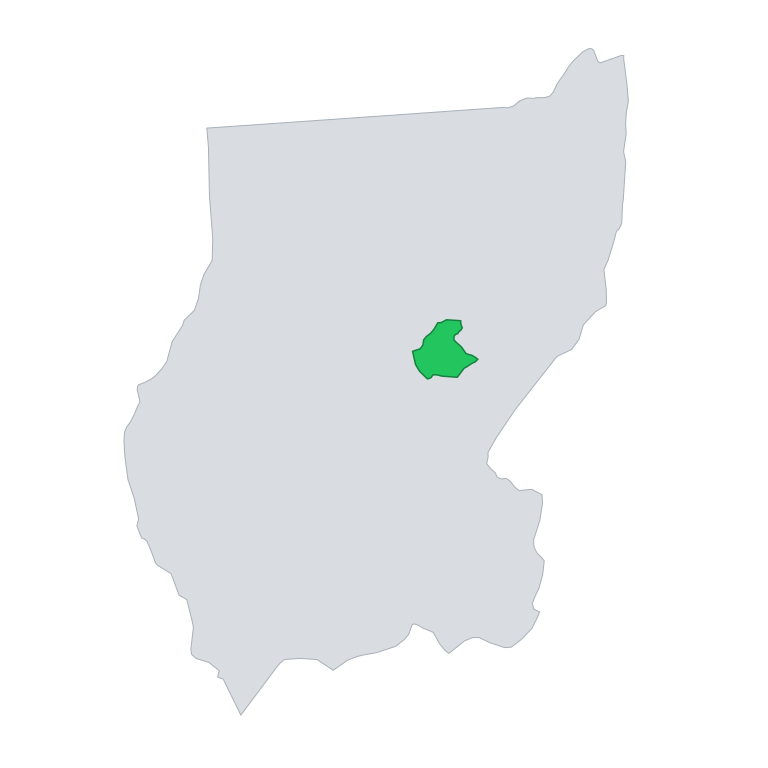 location of Kyankwanzi within Uganda, rotated 176°
{"feature_id": "UGA-5602", "entity_name": "Kyankwanzi", "entity_type": "District", "adm_level": 1, "iso_a3": "UGA", "parent_name": "Uganda", "parent_adm1": "", "projection": "natural_earth1", "projection_center": [31.594, 1.103], "detail": "fine", "context": "in_parent", "style": "filled", "palette": "green", "viewbox_px": 768, "rotation_deg": 176, "n_neighbors": 0, "source": "natural_earth", "source_scale": "10m", "svg_char_len": 2871}
<svg xmlns="http://www.w3.org/2000/svg" viewBox="0 0 768 768"><g transform="rotate(176 384 384)"><path d="M542.9,651.6L532.3,651.6L515.0,651.6L497.7,651.6L480.4,651.6L463.1,651.6L445.8,651.6L428.5,651.6L411.2,651.6L393.9,651.6L376.6,651.6L359.3,651.6L342.0,651.6L324.7,651.6L307.4,651.6L290.1,651.6L272.8,651.6L255.5,651.6L245.3,651.6L243.3,651.3L241.8,650.8L235.3,652.3L228.6,657.2L221.4,659.3L213.7,658.4L212.7,659.0L208.8,658.8L203.2,658.5L198.2,659.8L194.3,664.1L190.3,671.5L183.3,680.0L177.7,687.6L173.0,692.9L162.2,701.7L156.3,704.3L153.4,703.9L151.6,702.3L148.2,691.0L146.1,689.2L125.1,695.0L121.9,695.1L122.2,691.6L120.7,665.1L120.5,648.9L123.2,638.7L124.8,627.0L125.0,616.7L128.8,599.1L127.4,588.6L132.4,551.6L133.7,545.6L135.6,527.8L138.7,522.3L141.5,520.1L145.1,509.2L151.9,491.7L156.7,482.7L155.7,463.0L156.4,449.6L157.5,446.6L167.7,441.6L180.9,429.2L186.5,414.7L194.4,405.4L209.6,399.4L254.8,349.4L275.9,322.4L285.0,308.6L285.3,303.7L287.1,297.2L283.4,292.1L279.1,287.5L277.6,283.3L273.8,281.1L268.4,281.2L264.8,278.1L260.8,272.1L256.7,268.3L243.9,268.6L234.0,262.4L234.2,254.0L238.0,237.3L245.5,218.3L245.9,213.1L244.9,208.6L243.1,204.7L239.7,200.9L236.5,196.4L239.0,182.7L243.7,169.3L247.6,162.6L251.3,155.0L250.3,148.9L244.7,145.8L247.6,139.8L253.6,129.7L265.1,119.4L275.3,112.6L282.0,112.6L295.2,118.0L307.1,124.5L313.7,124.8L321.6,122.1L338.1,110.7L342.0,114.3L346.8,121.2L352.1,132.7L362.4,137.9L367.4,141.5L370.9,142.6L372.9,141.6L376.8,132.6L381.6,127.7L390.4,121.6L409.7,116.6L423.5,115.1L429.4,114.1L439.2,111.2L454.7,102.0L470.0,113.8L486.5,116.1L502.6,116.1L507.4,112.5L510.2,109.7L527.1,90.1L549.9,63.7L565.1,101.0L570.3,103.1L569.5,106.4L568.3,109.5L578.2,118.5L590.4,123.2L594.8,127.8L595.2,132.8L591.1,154.6L591.9,160.8L595.8,182.7L603.1,187.6L609.6,209.6L622.6,218.9L624.5,221.6L627.5,232.2L631.5,243.9L634.7,246.6L636.6,247.3L640.4,259.7L638.2,266.6L641.2,287.8L646.1,306.6L647.5,329.2L647.5,339.2L647.4,345.2L646.3,353.8L643.9,358.8L639.8,363.6L635.2,371.2L631.1,379.3L628.6,383.3L630.6,395.5L630.1,398.7L629.0,400.3L623.1,402.1L615.5,405.4L610.9,408.6L604.5,414.8L599.2,421.5L592.3,441.2L580.8,456.5L578.9,461.6L568.0,470.7L563.2,482.0L560.2,495.8L556.0,505.7L546.8,519.3L544.7,540.7L545.0,583.6L542.6,632.5L542.9,651.6Z" fill="#d9dde1" stroke="#a8b0b8" stroke-width="1"/><path d="M340.4,386.1L347.6,394.2L351.2,401.3L353.2,414.6L345.5,416.6L342.5,420.1L341.3,425.4L338.3,428.5L334.1,431.2L330.3,435.1L326.1,441.3L322.6,441.3L317.2,443.7L303.1,441.8L303.1,438.2L302.0,434.6L303.5,432.4L306.0,430.6L306.8,429.1L308.4,428.7L309.9,427.9L310.9,426.2L311.2,423.2L309.4,420.9L304.1,415.5L300.1,408.7L297.4,407.5L294.5,406.6L291.5,404.6L288.7,402.2L291.3,399.8L294.6,398.6L300.2,395.4L303.0,394.1L310.4,385.6L325.7,387.8L330.1,389.3L334.5,389.8L336.6,387.1L338.5,386.4L340.4,386.1Z" fill="#22c55e" stroke="#15803d" stroke-width="1.5"/></g></svg>